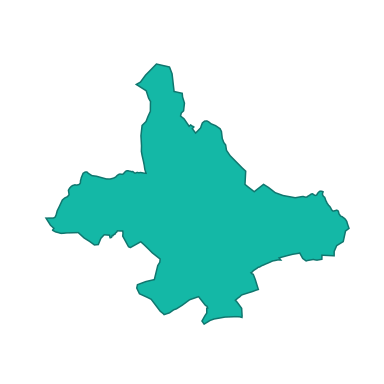 Dawakin Kudu, Kano, Nigeria, rotated 170°
{"feature_id": "59680162B24430291126178", "entity_name": "Dawakin Kudu", "entity_type": "district", "adm_level": 2, "iso_a3": "NGA", "parent_name": "Nigeria", "parent_adm1": "Kano", "projection": "orthographic", "projection_center": [8.658, 11.798], "detail": "fine", "context": "isolated", "style": "filled", "palette": "teal", "viewbox_px": 384, "rotation_deg": 170, "n_neighbors": 0, "source": "geoboundaries", "source_scale": "gbopen_adm2", "svg_char_len": 4429}
<svg xmlns="http://www.w3.org/2000/svg" viewBox="0 0 384 384"><g transform="rotate(170 192 192)"><path d="M152.1,235.2L152.9,239.4L152.5,246.5L153.4,249.5L157.2,253.2L161.4,255.9L163.4,258.2L165.0,259.4L167.3,259.6L169.8,258.2L171.3,255.7L172.4,253.6L178.2,249.4L180.7,254.3L178.9,255.7L179.7,256.5L179.9,256.6L180.4,256.8L180.5,257.0L181.7,258.3L183.4,257.2L187.1,265.4L190.1,268.8L188.8,271.7L186.2,273.4L184.0,280.8L184.8,287.2L184.5,290.9L192.2,294.1L191.1,311.9L192.4,318.7L192.5,319.0L204.8,324.2L217.4,315.2L223.7,309.2L228.2,307.6L227.5,306.9L227.2,306.7L223.2,303.0L219.5,299.6L218.5,292.3L218.3,291.5L217.1,288.1L217.4,287.2L219.0,278.7L222.3,273.9L224.6,270.1L225.0,269.4L229.6,266.2L232.5,256.3L233.7,246.2L234.8,240.8L234.8,236.9L234.5,230.9L234.4,226.4L234.5,224.1L234.5,222.1L234.0,218.4L236.0,218.9L237.8,219.6L239.5,220.2L241.0,220.1L242.4,220.8L243.4,220.7L244.3,220.4L245.3,220.7L246.1,221.7L246.8,222.5L247.7,222.4L248.8,223.0L250.2,223.5L251.2,224.0L252.4,224.2L253.5,224.0L254.6,223.3L255.5,222.6L256.3,221.9L257.4,221.5L258.6,221.8L259.9,222.2L261.3,222.0L263.1,221.1L264.5,220.0L266.8,219.3L270.3,219.0L274.0,219.7L278.5,221.8L283.3,224.1L287.7,225.5L291.1,228.6L291.6,229.6L292.6,230.1L293.8,230.2L296.0,229.3L298.5,225.4L299.1,224.0L299.8,222.6L300.4,220.2L301.7,219.0L304.3,218.8L306.1,219.4L308.5,219.1L309.9,218.5L311.8,217.1L313.4,215.2L313.5,210.7L315.5,209.0L318.4,208.2L321.1,206.6L325.0,201.0L328.0,196.9L329.8,193.0L331.2,191.0L332.9,190.4L340.3,191.6L337.1,183.8L334.3,180.2L335.9,178.7L335.8,178.4L333.7,176.7L333.1,176.3L330.6,175.2L328.9,174.3L327.8,173.9L327.4,173.9L325.7,173.7L322.6,173.5L318.7,172.9L311.1,171.8L306.2,165.4L301.3,161.0L297.3,156.8L293.4,156.5L289.8,162.2L286.6,164.6L285.8,165.1L280.8,163.8L280.6,161.2L280.1,161.1L279.7,161.2L279.3,161.3L279.0,161.5L278.8,161.7L278.6,162.2L278.4,162.4L278.4,162.6L278.1,162.8L278.0,163.0L277.3,162.8L277.1,163.2L276.9,163.3L276.7,163.4L276.6,163.5L276.3,163.5L276.1,163.6L276.0,163.8L275.9,163.9L275.3,163.8L275.0,164.0L274.9,164.2L274.6,164.6L274.4,164.9L274.0,165.1L273.5,165.4L273.0,165.7L272.8,166.1L272.4,166.5L272.2,166.7L267.0,165.6L267.1,163.5L267.2,163.1L267.9,160.6L264.0,149.1L262.8,148.3L262.3,148.0L251.1,151.9L248.2,148.2L244.3,142.8L241.7,139.0L235.0,131.5L235.9,128.4L238.5,125.5L244.3,112.3L253.1,111.8L261.8,110.2L263.1,107.0L261.4,100.9L254.0,95.8L250.8,93.4L244.0,80.1L241.3,77.0L240.8,76.1L235.2,76.9L230.4,79.2L227.7,79.6L221.3,82.2L213.1,86.3L203.7,87.8L198.7,78.4L197.9,77.5L197.6,77.4L197.4,77.2L197.1,76.9L197.0,76.7L196.9,76.2L196.8,75.8L196.8,75.4L196.7,75.0L197.4,74.9L197.7,74.9L198.5,70.2L200.2,68.5L201.9,66.5L203.6,64.4L204.6,63.2L203.0,59.8L196.4,62.4L192.3,63.1L181.3,63.1L171.7,61.8L168.9,61.3L166.7,60.8L164.6,59.8L164.2,61.2L163.3,68.8L166.8,75.9L168.1,77.9L164.6,79.9L163.4,80.4L161.2,81.9L159.6,82.2L149.1,83.6L146.0,84.2L143.6,84.5L144.9,94.9L146.0,100.3L147.2,101.1L147.9,102.2L147.4,102.3L146.6,102.8L146.0,103.3L145.0,104.0L142.2,105.2L141.0,105.7L140.3,106.2L140.0,106.3L139.4,106.4L138.5,106.4L136.7,107.1L135.6,107.5L135.3,107.5L134.2,107.7L132.4,108.2L131.1,108.5L129.6,108.8L128.1,109.2L127.1,109.4L126.2,109.7L124.5,110.1L122.3,110.1L119.4,110.2L118.5,110.1L116.9,109.7L116.4,109.6L117.7,112.0L109.1,112.8L103.6,113.2L97.6,113.1L96.5,113.2L94.5,107.3L91.6,104.3L90.1,104.5L84.3,104.5L82.0,103.6L80.7,103.2L75.8,103.2L75.0,107.2L74.6,107.1L63.1,104.5L62.3,108.8L58.8,114.1L51.7,116.9L50.7,119.3L47.6,126.9L43.7,128.9L44.3,132.6L44.6,135.0L44.7,136.2L45.2,137.3L45.7,138.5L46.3,139.3L46.6,139.7L47.4,140.5L48.5,141.7L49.5,142.2L50.2,143.0L50.5,144.1L51.1,145.0L51.1,146.2L51.1,146.7L51.4,148.0L52.0,148.6L52.8,149.0L53.9,148.8L55.2,148.7L56.4,148.7L57.1,149.4L57.3,149.8L57.6,150.3L57.9,151.2L58.2,152.3L58.5,153.1L59.0,154.1L59.8,155.1L60.3,156.3L61.0,157.8L61.3,159.3L61.8,160.5L61.9,161.8L62.3,163.8L62.7,164.2L63.3,164.9L63.7,165.8L63.9,166.7L63.8,167.7L63.5,168.3L63.2,168.8L62.9,169.5L63.6,169.9L63.9,170.1L65.2,170.5L66.2,170.5L67.0,170.0L68.5,168.9L68.8,168.6L69.3,167.7L70.3,167.2L71.2,167.2L72.0,167.6L72.2,167.9L73.6,169.3L75.0,169.3L75.9,168.8L76.6,168.5L77.5,168.1L78.2,167.9L78.9,167.6L79.7,167.1L81.1,167.2L82.4,167.8L83.3,168.3L85.0,168.4L91.3,168.4L102.9,172.7L110.2,176.9L115.9,183.2L120.2,187.1L130.7,181.5L136.2,187.6L138.5,190.3L135.5,203.2L138.4,207.0L148.2,221.2L150.8,227.0L150.7,232.5L152.1,235.2Z" fill="#14b8a6" stroke="#0f766e" stroke-width="1.5"/></g></svg>